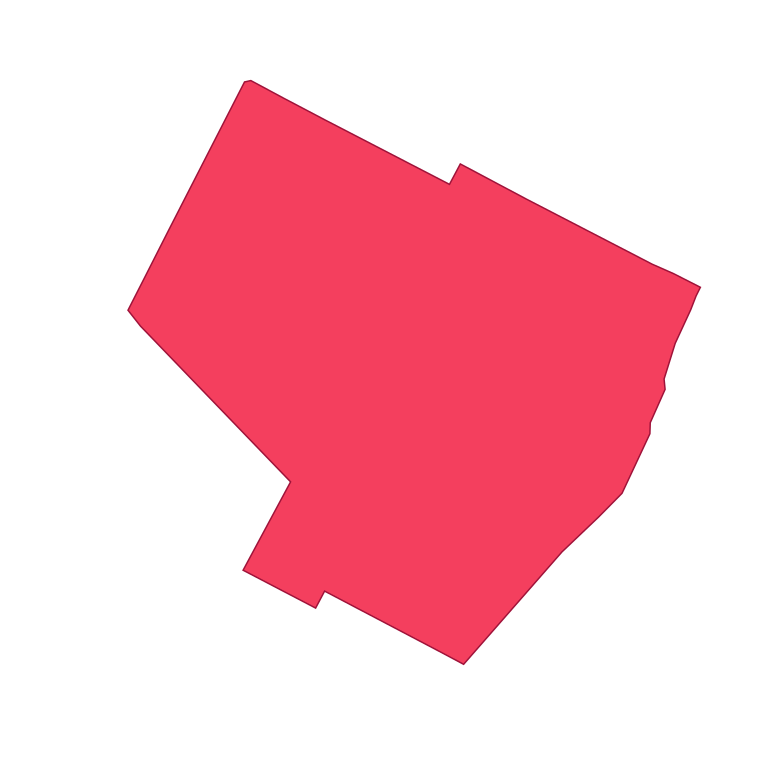 Paulding, Georgia, United States of America, rotated 297°
{"feature_id": "52423323B85895559064140", "entity_name": "Paulding", "entity_type": "district", "adm_level": 2, "iso_a3": "USA", "parent_name": "United States of America", "parent_adm1": "Georgia", "projection": "albers", "projection_center": [-84.846, 33.929], "detail": "fine", "context": "isolated", "style": "filled", "palette": "rose", "viewbox_px": 768, "rotation_deg": 297, "n_neighbors": 0, "source": "geoboundaries", "source_scale": "gbopen_adm2", "svg_char_len": 555}
<svg xmlns="http://www.w3.org/2000/svg" viewBox="0 0 768 768"><g transform="rotate(297 384 384)"><path d="M170.4,582.2L315.2,618.8L362.9,635.6L394.7,645.7L460.4,643.5L470.4,638.8L506.8,636.9L515.6,631.3L552.5,625.0L589.3,623.6L604.1,622.1L613.8,622.0L613.8,592.2L612.5,568.6L612.6,555.8L613.4,426.5L614.7,352.1L591.6,351.7L592.5,211.7L593.1,165.0L593.9,127.6L589.8,122.6L423.2,122.3L370.0,122.4L333.5,122.4L325.0,140.8L254.4,345.2L154.1,343.0L153.3,424.8L172.5,425.1L170.9,553.2L170.4,582.2Z" fill="#f43f5e" stroke="#9f1239" stroke-width="1.5"/></g></svg>